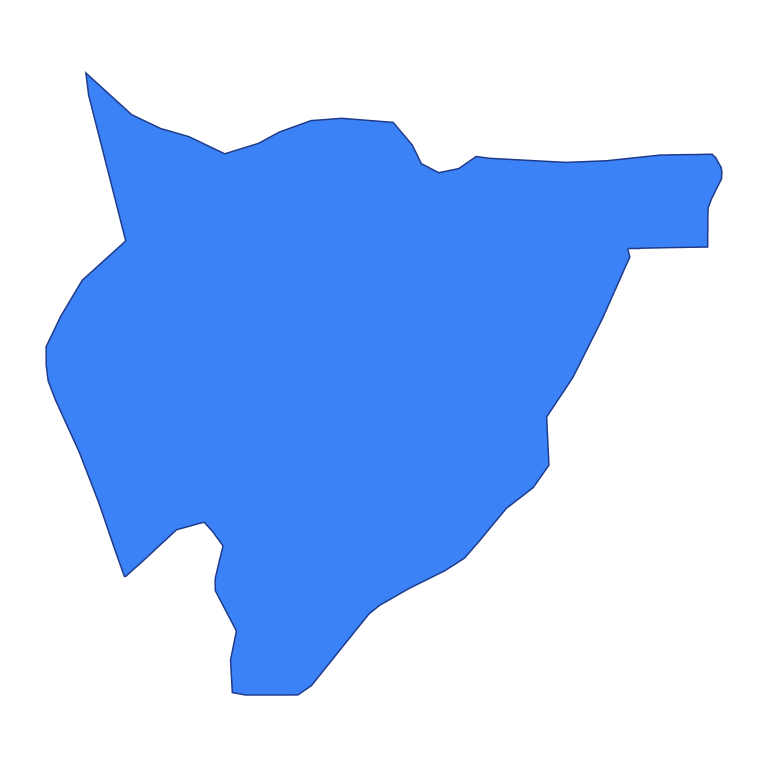 Shia'ria, Eastern Darfur, Sudan (orthographic projection), rotated 90°
{"feature_id": "16777658B58097455185888", "entity_name": "Shia'ria", "entity_type": "district", "adm_level": 2, "iso_a3": "SDN", "parent_name": "Sudan", "parent_adm1": "Eastern Darfur", "projection": "orthographic", "projection_center": [25.77, 12.585], "detail": "fine", "context": "isolated", "style": "filled", "palette": "blue", "viewbox_px": 768, "rotation_deg": 90, "n_neighbors": 0, "source": "geoboundaries", "source_scale": "gbopen_adm2", "svg_char_len": 5008}
<svg xmlns="http://www.w3.org/2000/svg" viewBox="0 0 768 768"><g transform="rotate(90 384 384)"><path d="M685.7,456.7L685.3,456.3L684.7,455.8L684.2,455.4L683.9,455.2L683.4,454.8L683.0,454.5L682.8,454.3L682.4,454.0L682.0,453.6L681.1,452.9L680.2,452.2L679.8,451.9L679.0,451.3L677.0,449.7L676.4,449.2L673.5,446.8L672.9,446.4L670.7,444.6L669.4,443.6L667.2,441.8L666.4,441.1L665.8,440.7L658.9,435.1L658.2,434.6L653.2,430.6L648.4,426.7L647.6,426.1L644.5,423.6L644.3,423.4L643.9,423.1L638.9,419.1L636.3,417.0L635.8,416.6L633.5,414.7L632.8,414.2L631.7,413.3L629.1,411.3L626.7,409.3L626.1,408.8L625.4,408.3L623.8,407.0L622.9,406.2L621.7,405.3L621.3,404.9L620.8,404.5L620.5,404.3L619.6,403.6L619.4,403.4L619.1,403.2L618.9,403.0L618.7,402.9L618.1,402.4L617.9,402.2L617.7,402.0L617.4,401.8L616.9,401.4L616.7,401.3L616.4,401.1L615.1,400.0L614.6,399.6L614.2,399.3L614.1,399.1L613.8,399.0L613.6,398.7L605.2,388.2L588.0,358.1L587.6,357.2L570.6,322.9L558.0,303.4L541.8,289.3L525.2,275.6L508.3,261.6L503.0,254.7L497.3,247.3L496.7,246.5L492.5,241.1L487.6,234.8L465.2,219.1L464.0,219.1L463.2,219.2L461.8,219.2L460.6,219.3L460.1,219.3L458.7,219.4L457.3,219.4L454.5,219.6L453.6,219.6L452.9,219.7L448.1,219.9L441.9,220.2L440.9,220.2L440.7,220.2L438.5,220.3L437.8,220.4L429.9,220.8L428.5,220.8L424.0,221.0L417.0,221.4L414.6,219.8L403.3,212.3L403.0,212.1L402.8,212.0L397.4,208.4L392.1,204.8L387.1,201.5L379.3,196.4L378.1,195.6L377.0,194.9L367.5,190.1L364.8,188.7L362.6,187.6L360.7,186.7L360.4,186.5L349.9,181.3L346.2,179.4L337.2,174.9L334.4,173.5L333.2,172.9L326.9,169.7L326.4,169.5L326.1,169.3L325.1,168.8L323.3,167.9L322.4,167.5L321.7,167.1L321.4,167.0L320.1,166.3L319.2,165.9L318.9,165.7L318.6,165.6L318.2,165.4L316.8,164.8L316.3,164.6L315.5,164.2L315.0,164.0L314.8,163.9L314.5,163.8L312.7,163.0L312.3,162.8L311.5,162.4L310.5,162.0L310.2,161.8L306.9,160.4L305.3,159.7L303.7,159.0L303.6,158.9L298.4,156.6L296.3,155.7L293.7,154.5L291.3,153.5L290.3,153.0L289.3,152.5L286.1,151.1L284.4,150.4L283.7,150.1L282.1,149.4L280.5,148.6L278.4,147.7L277.9,147.5L277.1,147.2L275.3,146.3L273.8,145.7L273.2,145.4L271.8,144.8L271.6,144.7L271.2,144.5L270.6,144.3L269.0,143.6L268.5,143.4L267.9,143.1L267.2,142.8L266.8,142.6L266.6,142.5L266.4,142.4L265.9,142.2L265.5,142.0L265.4,141.9L264.7,141.7L263.7,141.2L263.2,141.0L262.7,140.7L262.1,140.5L261.8,140.3L261.6,140.2L261.1,140.0L260.6,139.8L260.1,139.6L259.9,139.5L259.6,139.3L259.2,139.1L258.4,138.7L258.0,138.6L257.9,138.5L257.6,138.4L257.3,138.2L257.0,138.1L256.2,138.3L255.8,138.4L255.5,138.5L255.2,138.6L253.7,139.0L249.5,140.2L248.5,139.5L248.5,139.1L248.5,136.6L248.5,129.6L248.1,125.0L248.1,122.0L247.6,97.9L247.0,60.3L246.6,60.3L246.2,60.3L245.4,60.3L244.2,60.3L242.3,60.3L241.4,60.3L236.8,60.3L236.6,60.3L228.9,60.2L227.1,60.2L219.9,60.2L217.4,60.2L210.1,59.9L208.7,59.9L207.7,59.8L199.7,56.8L198.8,56.5L194.5,54.3L187.9,51.1L184.7,49.4L181.4,47.8L180.6,47.3L179.9,46.9L179.6,46.8L179.0,46.5L172.1,46.1L169.7,46.5L167.3,46.9L166.0,47.7L165.2,48.1L161.6,50.2L157.6,52.3L155.9,54.2L154.2,56.0L154.3,57.0L154.3,59.6L154.3,61.0L154.5,69.7L154.5,70.6L154.6,75.5L154.6,79.3L154.7,86.0L155.1,108.3L155.7,113.7L156.6,122.2L157.1,126.9L157.7,132.7L160.7,160.7L160.9,165.0L162.4,201.8L158.3,278.6L156.5,291.8L159.0,295.4L168.6,309.3L172.2,327.0L172.7,329.2L163.7,346.6L162.9,347.0L145.1,355.7L122.4,374.8L120.6,397.4L118.3,426.2L119.9,446.9L120.6,457.0L132.0,488.5L135.2,494.5L142.8,508.5L143.3,509.3L149.3,528.8L153.8,543.3L136.7,579.0L131.8,595.8L128.6,607.2L124.6,615.6L124.5,615.8L114.7,636.3L73.0,682.1L95.1,679.4L213.6,649.2L240.9,642.3L280.3,685.8L316.0,707.1L346.7,721.9L365.1,721.8L381.0,719.8L400.1,712.5L452.0,688.8L502.9,669.1L550.0,653.0L576.5,643.6L576.2,642.1L573.6,639.2L572.3,637.8L562.4,626.6L562.2,626.4L554.9,618.5L544.7,607.6L539.8,602.2L536.5,598.7L529.8,591.5L528.4,586.5L527.8,584.4L527.4,582.9L523.5,569.0L523.2,567.8L522.3,563.8L522.5,563.5L523.2,562.9L523.4,562.8L523.8,562.4L524.0,562.2L524.3,561.9L524.9,561.4L529.0,557.7L529.3,557.5L530.2,556.6L531.1,555.8L531.8,555.2L532.1,555.0L534.0,553.6L534.7,553.1L534.9,553.0L535.3,552.7L536.4,551.9L536.9,551.5L537.1,551.3L537.6,551.0L538.4,550.4L538.8,550.1L539.3,549.7L540.2,549.1L540.5,548.9L540.8,548.7L541.0,548.5L541.4,548.2L541.7,548.0L541.9,547.9L542.2,547.6L542.6,547.4L542.8,547.2L543.4,546.8L544.6,545.9L544.8,545.7L545.2,545.5L545.6,545.2L546.4,545.2L548.1,545.5L548.5,545.6L549.8,545.9L550.0,546.0L553.5,546.8L554.3,547.0L559.9,548.4L560.6,548.6L562.0,548.9L567.5,550.2L567.9,550.3L568.3,550.4L572.7,551.4L578.1,552.7L581.1,552.9L581.9,552.9L584.4,552.8L587.5,552.8L590.6,552.7L591.9,552.1L607.8,543.7L610.0,542.6L620.0,537.3L621.4,536.6L626.3,534.0L631.0,531.6L632.8,532.0L642.9,534.0L656.3,536.7L658.9,537.3L659.8,537.4L663.1,537.3L664.4,537.2L668.7,537.0L684.5,536.1L692.6,535.7L695.0,522.2L695.0,521.8L695.0,518.8L695.0,517.0L695.0,516.6L695.0,513.3L695.0,507.3L695.0,505.9L695.0,495.0L695.0,480.8L694.9,472.8L694.9,470.1L686.6,458.0L685.7,456.7Z" fill="#3b82f6" stroke="#1e3a8a" stroke-width="1.5"/></g></svg>